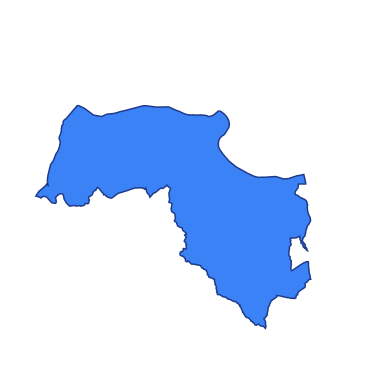 Daesti, Vâlcea, Romania, rotated 121°
{"feature_id": "2599482B34599857525673", "entity_name": "Daesti", "entity_type": "district", "adm_level": 2, "iso_a3": "ROU", "parent_name": "Romania", "parent_adm1": "Vâlcea", "projection": "equal_earth", "projection_center": [24.416, 45.181], "detail": "fine", "context": "isolated", "style": "filled", "palette": "blue", "viewbox_px": 384, "rotation_deg": 121, "n_neighbors": 0, "source": "geoboundaries", "source_scale": "gbopen_adm2", "svg_char_len": 5992}
<svg xmlns="http://www.w3.org/2000/svg" viewBox="0 0 384 384"><g transform="rotate(121 192 192)"><path d="M272.2,303.4L271.6,303.0L270.2,303.3L267.8,305.4L267.5,306.1L264.6,305.7L261.7,304.4L261.0,303.6L260.3,301.9L260.5,301.5L261.2,300.4L263.8,298.1L264.7,296.6L266.3,293.4L266.6,291.7L267.2,290.0L266.5,288.7L265.6,287.9L265.3,287.3L264.5,286.4L264.0,285.5L263.7,284.0L261.8,281.6L261.5,280.8L261.5,280.1L260.1,278.9L259.3,277.7L257.7,277.4L256.9,277.5L256.4,277.0L255.9,275.5L254.9,274.8L253.4,275.6L252.0,275.6L251.2,276.5L250.8,277.2L249.4,278.1L247.2,276.6L246.0,276.2L244.7,276.2L242.4,276.7L240.4,276.0L240.3,275.4L236.9,275.4L236.9,272.7L237.6,271.7L237.7,270.8L238.5,269.5L238.9,267.5L239.9,266.1L239.1,265.5L239.8,262.8L239.8,262.0L239.4,259.4L238.6,257.7L231.3,254.7L223.0,247.2L220.8,245.6L217.5,242.4L216.8,241.0L215.5,239.5L213.8,235.8L213.8,235.2L214.0,234.4L213.9,233.8L212.4,233.7L215.4,230.6L216.2,228.9L216.5,227.3L218.2,225.4L215.0,224.7L213.7,224.7L212.8,224.4L211.8,223.3L204.8,220.9L204.6,219.9L204.0,219.0L202.9,218.3L200.2,217.2L199.0,217.1L199.8,214.5L199.7,212.9L200.1,212.3L205.1,211.1L210.1,207.3L212.6,206.6L212.8,206.1L212.2,204.8L212.2,203.7L212.3,203.3L213.4,202.6L216.7,201.4L217.8,200.8L219.3,199.1L219.4,196.0L219.7,195.3L223.1,192.7L224.0,192.3L225.6,192.3L226.0,192.0L226.2,191.4L225.9,190.3L226.0,189.7L228.5,186.9L228.4,183.8L227.7,182.1L227.7,181.8L229.1,180.8L229.5,180.2L229.9,178.5L230.0,177.3L230.6,175.2L231.0,175.0L231.9,175.8L232.7,176.2L233.2,175.2L233.4,173.8L238.0,173.4L238.4,172.9L238.5,172.5L238.3,171.7L238.5,171.2L239.9,170.4L240.6,169.2L241.8,169.1L243.3,167.6L244.5,168.3L244.6,169.9L245.0,170.3L245.6,170.2L247.0,169.2L247.9,169.4L248.6,170.7L249.4,170.8L250.7,170.8L252.1,169.8L252.2,167.9L251.6,166.5L251.7,166.0L252.1,165.3L252.3,164.6L252.3,164.0L252.8,163.6L252.7,163.1L254.4,162.1L254.6,160.6L254.2,160.1L253.2,159.9L252.8,159.3L253.2,158.3L253.6,157.9L253.5,157.5L254.1,155.3L253.1,153.8L253.1,153.3L252.7,152.9L252.7,152.5L252.1,151.8L252.2,151.2L252.1,150.3L250.8,147.8L250.8,146.3L251.4,145.7L252.0,144.2L252.0,143.7L251.7,143.1L252.2,141.9L251.7,141.0L251.6,139.6L252.4,139.0L253.4,137.0L255.0,136.3L255.0,135.0L256.2,133.7L256.2,132.9L255.9,131.5L255.5,130.9L255.4,129.5L255.7,128.8L255.4,128.2L255.3,127.6L256.9,126.8L258.0,125.3L259.1,124.9L260.5,122.5L262.4,121.5L263.7,119.8L264.8,119.6L265.1,119.3L265.1,118.6L266.4,117.8L266.7,117.4L266.6,116.9L265.6,115.2L265.8,113.4L265.8,111.6L264.7,108.3L264.8,107.7L265.2,107.0L265.3,106.1L264.5,104.1L264.4,100.4L263.9,98.7L263.5,98.5L263.5,97.3L264.0,96.5L263.8,95.3L264.3,93.7L264.1,92.9L265.0,92.6L264.8,92.2L265.4,91.8L265.9,90.9L266.0,90.1L266.9,89.4L267.4,88.4L268.0,87.8L268.1,87.3L269.1,86.6L269.1,85.8L269.9,84.5L269.9,83.9L270.7,83.2L271.1,82.1L271.3,81.8L271.2,80.9L271.4,80.4L271.0,79.3L271.1,78.9L271.0,78.4L271.2,76.9L271.6,76.2L271.7,75.5L272.3,75.0L272.0,73.4L272.3,73.0L272.8,70.3L273.4,69.7L273.1,68.3L271.4,67.3L270.8,66.7L271.5,65.0L271.5,64.4L270.5,61.8L270.4,61.2L271.1,58.9L269.8,59.1L268.2,60.1L267.0,61.3L265.5,62.0L264.9,63.0L264.2,63.7L264.1,64.5L263.6,65.1L263.2,65.1L262.5,64.6L261.0,64.6L260.4,64.2L259.7,64.4L259.0,64.2L258.3,64.3L257.9,64.8L255.0,65.7L252.1,67.1L251.1,67.3L249.6,67.2L248.0,67.7L244.3,68.0L238.7,65.5L237.8,65.4L237.3,66.1L235.7,63.2L234.8,59.6L234.0,58.1L233.7,56.4L232.7,54.5L232.0,52.0L230.9,50.6L230.8,49.8L230.4,49.8L230.1,49.0L229.9,49.1L229.2,48.5L228.3,48.7L228.0,49.1L227.3,49.3L226.1,49.0L225.6,48.5L224.8,49.2L222.0,49.1L215.5,46.1L213.4,46.9L212.9,47.6L212.5,47.8L211.3,47.8L210.5,47.5L209.8,46.9L207.5,46.8L206.2,46.0L205.6,45.3L204.7,46.4L203.1,47.5L202.3,48.5L199.9,50.7L197.5,52.3L196.0,53.7L191.9,56.2L192.4,57.7L195.7,60.0L199.2,61.8L207.4,65.5L208.2,66.3L207.8,67.0L205.4,68.5L202.6,69.7L201.2,70.9L200.0,71.3L198.7,73.8L197.0,74.4L196.7,75.7L195.4,77.1L192.0,78.7L190.6,79.1L189.4,80.2L186.8,79.9L186.0,80.0L185.0,80.8L184.3,81.9L182.9,82.2L182.1,82.9L181.4,83.9L181.0,84.0L177.6,79.1L176.5,78.2L175.0,77.6L174.5,76.6L176.3,75.6L177.3,74.5L178.2,73.2L179.6,72.3L179.9,70.2L180.3,69.5L181.6,68.7L182.3,65.8L181.8,64.7L182.8,64.0L182.9,63.4L182.8,62.9L182.2,63.9L181.2,64.6L180.6,66.8L179.6,67.2L178.9,67.8L178.2,69.4L177.4,71.9L176.9,72.4L174.0,73.1L171.7,72.6L168.5,73.6L166.7,74.4L163.5,75.1L162.1,75.6L158.8,75.3L155.4,75.6L152.9,77.8L151.5,80.1L149.3,82.6L146.3,85.0L144.9,85.8L143.4,86.3L142.4,87.7L141.4,88.3L140.5,90.0L140.4,92.3L140.7,93.3L140.4,94.2L140.8,95.2L141.0,96.6L140.6,98.2L140.5,100.1L141.0,101.8L140.2,102.9L138.7,103.7L137.4,103.7L134.3,103.3L133.6,103.4L132.2,104.0L131.7,104.5L130.3,104.8L126.6,98.7L125.2,99.6L119.4,105.2L122.7,108.7L123.7,110.1L130.7,116.1L132.9,119.0L134.0,121.4L135.0,126.0L135.8,128.5L141.7,137.0L145.3,142.8L145.9,144.4L146.6,147.1L147.3,154.0L147.8,166.4L147.5,169.1L146.5,176.0L143.8,184.5L141.3,190.1L139.7,192.4L137.4,194.1L134.7,195.4L131.8,195.9L128.6,195.2L127.0,194.2L125.4,193.8L117.7,193.7L114.8,194.8L113.7,195.5L111.4,198.0L109.8,200.7L108.8,203.6L108.4,205.7L108.1,208.9L108.5,210.2L109.3,211.2L114.6,213.0L116.0,213.8L118.1,215.6L118.7,216.6L119.1,219.2L121.3,224.0L123.4,227.1L125.8,231.5L127.3,233.9L128.5,237.1L129.0,239.7L129.6,245.7L130.0,246.5L131.0,255.5L131.2,256.0L137.5,266.2L142.0,276.3L143.1,278.1L157.6,292.3L160.1,295.0L161.6,296.2L164.8,299.3L169.4,305.3L173.8,308.2L176.8,315.9L175.7,327.0L176.2,333.3L177.1,334.9L194.4,337.7L194.9,338.2L196.7,338.7L198.1,338.6L198.9,338.1L200.7,337.4L202.0,337.7L202.7,337.6L203.8,336.9L204.9,336.7L206.4,335.7L207.9,335.3L208.7,334.8L210.5,334.4L211.7,334.4L213.9,333.9L215.2,332.8L215.6,332.0L216.3,331.5L217.0,330.6L221.8,328.8L225.5,328.1L227.5,328.1L229.0,328.3L237.1,326.9L239.9,327.3L242.1,327.1L251.8,324.1L256.5,322.0L258.6,320.5L260.5,318.6L260.5,319.8L260.2,320.7L261.9,320.7L270.3,323.5L275.9,323.8L274.9,320.1L275.0,319.0L274.9,318.4L272.3,317.3L271.4,315.2L271.2,314.1L271.3,313.5L273.0,308.3L273.4,306.5L272.2,303.4Z" fill="#3b82f6" stroke="#1e3a8a" stroke-width="1.5"/></g></svg>